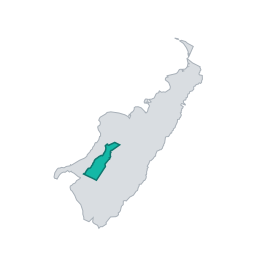 where Santa Fe sits in Argentina, rotated 206°
{"feature_id": "ARG-1310", "entity_name": "Santa Fe", "entity_type": "Province", "adm_level": 1, "iso_a3": "ARG", "parent_name": "Argentina", "parent_adm1": "", "projection": "equal_earth", "projection_center": [-60.696, -31.191], "detail": "fine", "context": "in_parent", "style": "filled", "palette": "teal", "viewbox_px": 256, "rotation_deg": 206, "n_neighbors": 0, "source": "natural_earth", "source_scale": "10m", "svg_char_len": 5957}
<svg xmlns="http://www.w3.org/2000/svg" viewBox="0 0 256 256"><g transform="rotate(206 128 128)"><path d="M153.9,81.8L152.6,84.5L152.9,86.2L151.6,90.4L151.9,91.3L150.9,93.3L151.2,95.4L150.7,97.4L151.0,100.0L150.6,100.8L149.7,101.0L149.1,104.6L149.8,108.0L149.1,108.7L150.3,111.2L153.8,113.3L155.6,115.5L155.7,116.5L154.7,117.8L154.6,119.0L155.1,120.5L156.0,121.5L157.7,122.1L157.9,124.3L157.6,125.7L154.3,130.7L153.6,132.8L150.5,135.0L142.7,137.5L136.6,138.5L133.1,138.3L130.8,137.3L131.0,140.1L132.2,140.9L131.6,140.9L132.1,141.4L131.8,143.7L131.1,144.1L130.6,146.0L130.6,147.6L131.3,148.9L130.6,150.3L128.0,151.6L124.9,151.9L119.1,149.8L119.3,149.4L119.0,149.3L118.1,149.7L117.7,151.6L118.4,154.4L118.3,156.8L118.6,157.6L120.8,158.6L120.6,159.6L121.3,159.7L122.8,159.4L123.0,158.6L122.2,158.4L124.2,157.7L125.0,158.7L125.1,161.2L124.7,161.9L123.2,162.4L122.7,162.2L121.8,160.5L121.0,160.1L118.8,161.1L118.6,161.6L121.8,162.9L119.5,164.2L117.6,166.5L117.7,170.7L117.3,171.9L116.0,173.0L115.8,173.8L116.2,174.3L116.1,175.1L113.6,174.8L111.8,176.1L110.2,176.5L107.4,181.2L107.9,183.5L111.3,186.7L115.5,187.6L116.0,188.7L115.9,190.0L115.4,190.7L113.9,191.5L115.2,191.5L115.8,192.1L108.7,197.9L107.8,199.5L107.5,202.9L106.9,203.6L105.5,204.3L104.4,203.6L103.6,202.4L103.7,203.4L102.3,203.8L104.0,203.8L104.8,204.6L102.6,205.9L102.0,207.0L101.8,208.5L100.9,209.4L101.6,209.2L102.4,212.3L100.7,212.5L102.8,213.0L105.5,216.4L105.3,216.7L105.2,216.3L98.7,214.8L90.0,214.6L90.0,214.1L87.9,212.2L88.3,210.9L87.9,209.8L88.2,208.8L87.8,207.5L87.1,207.1L84.3,207.8L82.5,204.4L82.5,202.6L81.9,201.4L82.3,199.9L83.8,199.8L84.1,198.2L85.8,197.0L85.8,195.4L86.8,194.5L87.0,193.7L85.9,191.7L86.5,189.5L88.4,187.9L88.1,185.7L89.1,184.7L88.1,181.8L89.1,180.6L88.6,179.9L88.5,178.4L89.5,178.0L90.1,176.4L88.9,174.9L86.9,174.4L86.7,173.7L90.4,173.6L90.8,172.4L90.5,171.7L87.7,171.4L87.6,169.7L88.2,168.7L87.6,167.6L87.7,166.6L86.9,165.2L87.6,164.5L85.7,163.0L85.6,160.5L86.0,159.9L85.6,158.6L87.2,157.3L86.3,154.9L86.2,150.3L85.9,149.0L86.8,147.1L86.3,145.9L87.0,144.9L86.6,142.5L87.4,142.3L87.8,138.1L89.9,136.9L90.3,136.1L88.6,130.8L88.7,128.8L88.3,127.9L88.6,126.7L88.2,125.0L88.8,123.0L90.2,122.1L90.3,121.4L91.8,120.0L91.6,116.6L90.9,114.8L91.6,114.2L92.0,111.5L93.1,108.7L94.0,108.2L93.7,105.0L94.0,102.1L92.6,101.6L92.9,99.5L92.4,99.0L92.1,96.8L91.1,94.9L91.0,94.0L91.5,93.5L90.5,92.7L89.8,90.9L89.9,89.3L90.0,88.2L91.0,87.3L90.8,86.5L91.6,83.1L92.6,82.9L93.2,81.7L92.6,81.1L92.7,79.0L92.1,76.1L93.0,74.6L93.7,70.0L96.1,66.7L97.6,61.6L98.9,61.5L100.2,60.3L98.7,57.0L99.6,54.8L98.6,50.3L98.8,48.6L99.6,47.6L98.6,45.9L98.9,44.5L100.2,42.9L104.7,40.4L106.3,33.4L105.4,32.1L107.8,28.0L109.5,27.3L110.2,25.1L112.6,27.2L116.6,27.3L118.6,28.1L120.0,32.2L122.0,26.7L127.6,26.5L128.7,28.5L130.8,30.7L132.3,33.8L136.9,38.5L142.7,40.8L146.2,44.0L150.4,46.7L152.5,47.3L154.0,49.2L154.4,50.6L153.5,51.7L152.8,53.8L151.6,55.0L151.2,56.4L151.2,58.0L149.0,61.4L149.1,62.6L151.3,62.4L156.6,63.7L159.1,63.7L160.0,64.3L161.4,62.7L163.6,63.3L165.1,60.6L166.6,60.1L168.2,58.2L169.0,55.9L169.4,50.9L170.2,51.2L171.7,50.6L173.0,51.5L174.1,55.7L173.7,59.7L173.1,61.3L171.5,62.2L170.6,63.4L168.0,64.2L166.6,66.4L163.5,68.6L163.6,69.8L162.6,69.7L157.3,77.9L153.9,81.8ZM105.1,229.9L104.6,218.3L106.4,220.6L105.5,220.4L105.4,221.5L106.8,221.8L107.5,223.1L110.6,225.7L115.2,228.3L119.7,229.0L118.5,230.2L114.2,230.9L111.6,230.2L105.1,229.9ZM121.5,229.8L122.8,229.3L125.5,229.3L122.0,230.2L121.5,229.8ZM132.8,139.4L132.8,140.0L132.0,139.1L132.8,139.4Z" fill="#d9dde1" stroke="#a8b0b8" stroke-width="1"/><path d="M144.1,67.2L147.8,67.2L147.7,67.5L147.5,67.9L147.3,68.0L147.2,68.0L146.9,68.1L146.7,68.2L146.7,68.3L146.6,68.5L146.7,68.9L146.7,69.0L146.6,69.4L146.6,69.5L146.7,69.8L146.6,70.8L146.6,71.3L146.6,71.6L146.4,72.1L146.3,72.3L146.4,72.5L146.3,72.8L146.3,73.0L146.1,73.3L146.1,73.8L146.1,74.1L145.9,74.3L145.7,74.5L145.4,74.8L144.8,75.1L144.6,75.2L144.5,75.3L144.4,75.5L144.1,76.4L144.1,76.7L144.1,78.0L143.9,78.9L143.9,79.0L143.7,79.4L143.7,79.6L143.7,79.8L143.9,80.1L144.0,80.7L144.0,80.9L144.0,81.0L143.9,81.5L143.8,81.9L143.8,82.1L143.7,82.4L143.7,82.5L143.7,82.8L143.8,83.1L143.9,83.5L143.9,84.0L143.9,84.4L143.9,84.5L143.8,84.8L143.7,85.3L143.4,86.1L143.1,86.5L142.8,87.0L142.6,87.5L142.3,87.9L142.0,88.6L141.8,88.9L141.7,89.0L141.6,89.5L141.3,89.9L141.2,90.1L141.0,90.3L140.9,90.4L140.8,90.5L140.7,90.6L140.5,90.8L140.3,91.3L140.1,91.4L140.0,91.6L139.9,91.7L139.7,91.8L139.2,91.8L138.9,91.8L138.8,92.0L138.8,92.3L138.7,92.5L138.7,92.8L138.5,93.1L138.4,93.4L138.5,93.6L138.7,93.9L138.7,94.1L138.7,94.3L138.6,94.6L138.5,94.8L138.6,95.3L138.5,95.5L138.4,95.9L138.4,96.1L138.4,96.6L138.4,96.9L138.2,97.3L138.2,97.5L138.3,97.6L138.4,97.9L138.5,98.1L138.6,98.8L138.6,99.0L138.7,99.3L138.9,99.9L139.0,100.0L139.3,100.6L139.6,101.1L139.9,101.3L140.0,101.4L140.1,101.5L140.3,101.7L140.4,101.8L140.5,101.9L140.6,102.1L140.6,102.3L140.4,102.5L140.3,102.8L140.3,103.0L140.2,103.1L140.0,103.3L139.9,103.6L139.9,103.8L139.7,104.3L139.4,104.4L139.3,104.5L139.2,104.4L138.9,104.2L138.7,104.0L138.2,104.0L138.0,103.9L137.9,103.9L137.7,103.9L137.5,104.0L137.4,104.2L137.4,104.4L137.3,104.7L136.4,105.8L135.2,107.2L133.6,109.2L133.4,109.2L130.8,109.2L128.1,109.2L130.0,105.7L131.5,103.0L132.6,101.0L132.7,100.8L132.8,100.8L133.0,100.7L133.3,100.5L133.3,100.3L133.4,100.2L133.4,99.6L133.5,99.3L133.5,99.2L133.4,99.0L133.4,98.9L133.3,98.7L133.2,98.7L133.0,98.2L132.9,98.1L132.7,98.1L132.8,97.9L132.8,97.7L132.7,97.4L132.7,97.1L132.6,96.9L132.6,96.7L132.1,96.3L132.0,96.1L131.8,95.4L131.7,95.2L131.3,94.9L131.2,94.8L131.1,94.7L131.1,94.1L131.1,93.9L131.2,93.6L131.3,93.5L131.2,93.5L131.2,93.4L131.1,93.2L131.1,92.8L131.1,92.7L131.1,92.4L131.1,92.2L131.0,91.9L131.3,91.6L131.5,91.4L131.5,91.2L132.8,85.8L132.8,85.4L132.6,85.0L131.5,83.6L131.4,83.3L131.7,81.6L132.1,78.3L132.3,76.6L132.7,73.4L133.2,69.6L133.5,67.2L138.3,67.3L141.9,67.2L144.1,67.2Z" fill="#14b8a6" stroke="#0f766e" stroke-width="1.5"/></g></svg>